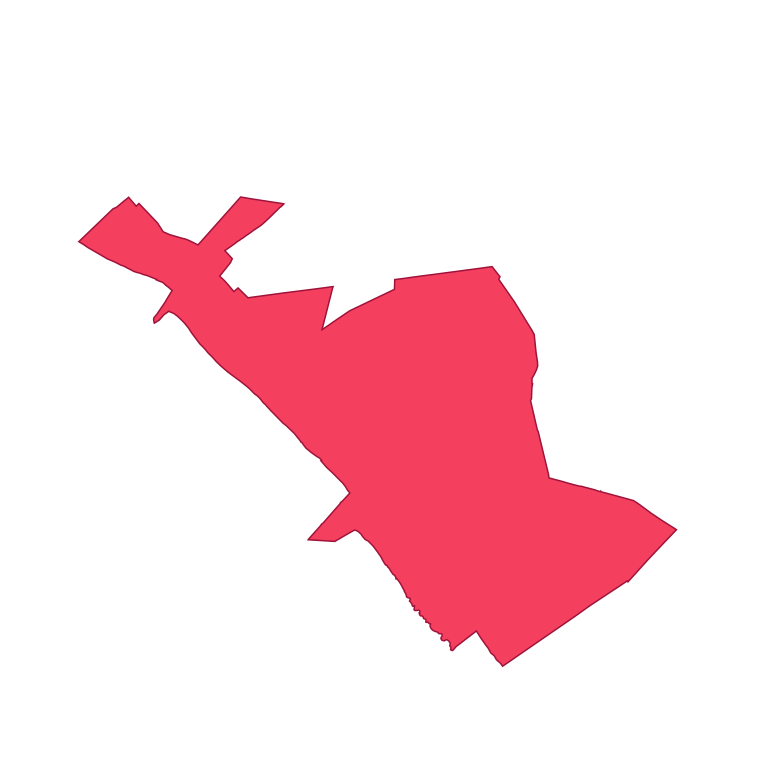 Salacgrīva, Salacgrivas, Latvia, rotated 320°
{"feature_id": "27541924B36810764356206", "entity_name": "Salacgrīva", "entity_type": "district", "adm_level": 2, "iso_a3": "LVA", "parent_name": "Latvia", "parent_adm1": "Salacgrivas", "projection": "equal_earth", "projection_center": [24.355, 57.764], "detail": "fine", "context": "isolated", "style": "filled", "palette": "rose", "viewbox_px": 768, "rotation_deg": 320, "n_neighbors": 0, "source": "geoboundaries", "source_scale": "gbopen_adm2", "svg_char_len": 5916}
<svg xmlns="http://www.w3.org/2000/svg" viewBox="0 0 768 768"><g transform="rotate(320 384 384)"><path d="M241.7,78.8L243.5,84.1L245.0,89.5L247.0,94.9L249.5,101.9L252.4,110.1L254.1,113.4L256.3,117.8L258.7,123.5L260.5,126.6L262.7,132.0L264.0,135.1L264.6,136.8L266.6,140.0L268.0,141.8L270.0,145.4L272.4,148.9L274.1,152.1L276.9,157.4L277.0,157.6L276.5,157.7L277.3,159.4L278.6,161.9L278.9,162.3L279.3,163.0L279.6,163.4L279.6,163.5L279.7,163.9L279.9,164.5L280.0,165.0L280.3,167.7L281.2,172.1L281.3,172.7L281.4,173.8L281.5,174.4L281.9,176.1L274.5,178.6L267.9,180.9L254.6,184.6L250.5,185.3L248.9,186.5L247.3,189.3L247.2,189.8L252.9,190.6L260.0,189.5L266.2,190.0L266.2,190.8L267.6,193.4L268.2,194.6L268.5,195.5L268.7,196.5L268.9,197.4L269.3,198.8L269.7,202.2L270.1,205.9L270.3,208.9L270.2,215.5L269.5,220.8L269.2,225.2L268.9,231.4L268.7,235.2L269.0,237.8L269.3,242.5L269.2,246.1L269.3,248.7L269.5,249.7L269.8,253.8L269.9,257.5L270.0,259.8L270.6,265.4L272.1,274.6L275.8,290.0L277.3,297.3L278.0,301.6L278.3,306.3L278.6,309.0L279.2,310.9L279.6,314.2L279.6,317.6L279.5,320.0L279.6,321.9L279.9,323.3L279.9,325.0L280.0,328.0L280.2,332.5L281.5,349.4L281.9,350.9L282.4,353.4L282.6,355.7L283.5,364.1L283.3,373.9L283.0,375.2L283.3,375.7L283.5,376.0L283.1,380.0L283.0,383.4L283.8,387.1L284.0,388.7L284.9,392.3L285.8,395.8L287.0,399.2L287.2,402.0L287.2,402.4L286.3,402.3L286.4,406.9L286.4,410.0L286.6,412.3L287.2,416.9L287.8,422.3L287.8,423.3L288.1,426.9L288.3,429.2L288.7,433.0L288.6,434.6L288.6,436.2L288.4,438.4L287.8,442.0L287.8,445.6L278.1,446.8L276.0,447.0L274.6,446.8L273.7,447.4L260.7,449.4L247.8,451.4L246.4,451.2L245.5,451.3L244.7,451.7L235.7,453.0L226.7,454.3L225.8,454.6L245.2,473.0L254.7,474.6L262.2,475.9L267.3,476.9L267.9,477.3L269.4,480.2L269.9,484.5L269.6,486.6L269.6,490.9L269.8,491.5L270.3,492.6L270.9,494.0L271.5,501.2L271.1,508.1L270.6,514.1L269.4,519.5L268.9,523.2L269.0,524.0L269.3,524.5L269.6,524.8L269.7,525.1L269.7,525.4L269.4,525.7L269.2,527.0L269.5,528.4L269.2,530.3L269.0,531.0L268.6,535.0L268.6,536.1L269.2,537.0L268.9,538.8L268.6,540.5L268.1,540.6L267.8,540.9L268.1,541.3L268.6,541.7L268.7,542.3L268.5,546.0L268.0,549.1L267.2,552.5L266.7,555.5L266.3,555.8L266.2,556.3L266.0,557.8L265.7,558.9L265.3,560.0L264.8,561.0L264.5,561.6L264.6,562.1L264.9,563.0L265.9,564.4L266.2,565.0L265.7,565.9L264.8,566.1L264.3,566.5L263.9,566.9L264.2,567.4L264.0,570.2L263.1,572.2L263.3,572.9L264.6,573.2L264.8,573.6L261.9,576.2L262.0,577.3L263.4,578.5L265.1,579.5L265.4,580.0L265.5,580.4L265.5,580.9L265.3,581.3L264.9,581.7L263.9,581.8L263.4,582.6L263.7,582.9L263.2,583.2L262.9,583.7L263.1,585.3L263.9,585.9L264.4,587.3L263.7,588.7L263.7,589.4L263.9,589.9L264.5,590.6L264.7,591.3L264.0,592.3L263.4,592.8L263.0,593.4L263.1,593.7L263.8,593.9L263.9,594.3L264.1,594.6L264.6,594.9L264.6,595.3L264.5,596.1L264.7,596.7L265.3,597.4L265.5,597.7L265.3,598.0L264.4,598.3L263.7,599.0L263.0,600.8L262.9,602.3L263.1,604.1L264.0,606.3L264.7,607.1L265.3,608.2L265.6,609.2L265.4,610.2L266.7,611.6L267.5,612.4L267.4,613.5L266.6,614.3L265.2,614.7L263.9,615.7L263.7,617.6L265.0,619.4L266.0,619.7L267.4,619.9L268.0,620.8L268.4,622.3L268.3,623.6L268.0,625.3L267.5,625.8L266.4,626.5L265.9,627.5L266.0,628.6L265.7,629.3L264.7,629.9L264.2,630.4L264.5,631.3L265.2,632.3L267.7,632.0L270.7,631.5L274.6,631.7L275.0,631.8L275.6,631.8L276.1,631.8L282.2,632.0L296.0,632.6L294.7,642.3L294.6,644.6L294.3,647.7L294.1,650.3L294.0,652.6L294.0,653.4L293.8,654.5L293.5,655.7L293.3,656.6L293.2,657.2L293.0,658.4L293.1,659.8L293.5,661.7L293.6,662.6L293.7,663.6L293.5,664.5L293.3,665.3L293.1,666.2L293.0,666.9L293.0,668.3L293.2,669.8L293.4,671.0L293.6,672.0L293.7,673.2L293.5,675.3L293.4,676.4L306.3,677.7L315.3,678.5L343.7,681.2L378.3,684.5L379.0,684.6L388.0,685.3L397.2,686.0L400.4,686.3L428.6,689.5L430.9,689.8L443.8,691.2L443.7,692.4L473.8,688.2L496.4,685.6L514.4,683.6L508.9,666.2L505.6,654.7L501.6,638.2L500.2,633.7L484.8,611.5L480.6,605.5L480.8,605.3L480.6,605.3L480.2,605.0L479.4,603.8L478.0,601.8L478.0,601.4L476.7,599.5L470.8,591.2L469.3,589.0L468.2,588.1L464.5,582.9L460.9,577.7L458.5,574.1L455.8,570.2L452.4,565.4L450.0,562.0L452.1,558.7L461.6,539.5L466.5,529.7L467.3,528.0L470.6,521.5L471.6,519.4L471.9,517.8L481.8,498.4L481.9,498.2L482.9,496.2L485.7,490.8L487.5,490.1L494.7,482.1L494.8,482.0L496.9,480.2L497.8,479.5L497.4,479.3L497.6,478.9L500.9,474.9L503.3,474.0L503.6,473.9L506.5,472.7L510.0,471.1L511.5,470.1L513.4,468.9L515.8,465.7L519.9,458.9L521.0,457.2L530.9,442.6L531.1,441.6L531.3,440.5L531.8,438.3L531.9,437.5L533.8,424.5L534.1,422.7L534.5,419.8L536.7,405.0L536.9,402.6L538.3,387.4L539.2,377.6L541.8,376.4L542.2,363.5L536.6,360.0L533.7,358.2L511.2,343.9L492.2,331.8L481.6,325.0L471.5,318.6L469.3,317.3L460.4,311.6L459.4,310.9L452.8,318.2L405.0,305.9L388.5,304.2L379.7,303.4L371.9,302.6L371.5,302.5L406.5,277.3L407.6,276.7L406.0,275.6L400.4,272.1L391.8,266.6L365.6,249.7L335.2,230.5L334.9,226.7L334.1,218.3L333.9,216.6L328.4,216.7L328.4,207.5L328.3,203.4L327.9,199.3L327.4,195.8L343.2,192.6L344.4,192.3L348.3,190.5L348.1,185.3L348.0,184.2L348.0,183.0L347.9,181.9L347.8,180.2L347.8,179.5L349.5,179.7L351.1,179.8L352.2,179.9L353.3,180.0L354.4,180.1L355.4,180.2L356.2,180.2L357.1,180.3L358.2,180.4L359.3,180.5L360.3,180.5L361.3,180.6L362.3,180.6L363.3,180.7L364.4,180.8L365.6,181.0L367.9,181.2L370.3,181.5L371.2,181.5L372.2,181.6L373.8,181.7L376.5,182.0L378.7,182.2L383.5,182.5L390.5,183.3L393.8,183.4L397.1,183.3L403.7,182.9L406.8,182.7L410.2,182.4L413.4,182.2L415.3,182.0L416.8,181.9L417.8,181.7L418.7,182.0L423.0,181.7L422.0,180.3L402.3,157.9L401.5,157.0L394.4,148.6L347.6,155.5L330.9,157.9L330.6,157.2L328.1,151.4L327.0,149.0L325.7,146.4L324.5,144.5L323.6,143.4L319.0,136.6L316.6,133.0L316.0,132.1L312.8,125.7L312.7,125.0L313.3,120.6L314.0,115.1L313.1,100.3L312.3,88.2L308.5,88.5L308.4,81.6L308.4,76.8L304.7,76.8L303.6,76.7L293.1,76.7L292.6,76.7L289.1,75.6L250.6,78.2L241.7,78.8Z" fill="#f43f5e" stroke="#9f1239" stroke-width="1.5"/></g></svg>